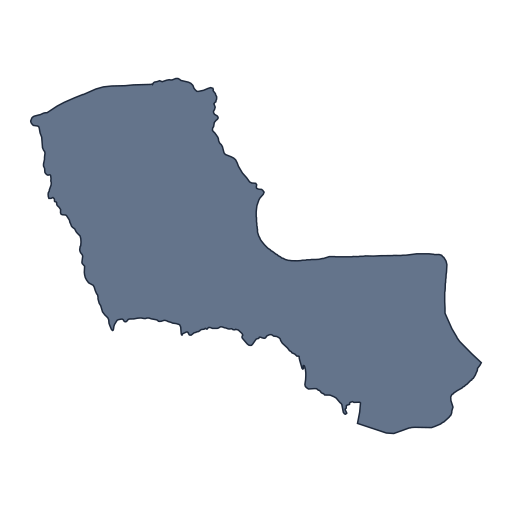 outline of Nacala, Nampula, Mozambique, rotated 270°
{"feature_id": "85939544B80255250880532", "entity_name": "Nacala", "entity_type": "district", "adm_level": 2, "iso_a3": "MOZ", "parent_name": "Mozambique", "parent_adm1": "Nampula", "projection": "albers", "projection_center": [40.711, -14.547], "detail": "fine", "context": "isolated", "style": "filled", "palette": "slate", "viewbox_px": 512, "rotation_deg": 270, "n_neighbors": 0, "source": "geoboundaries", "source_scale": "gbopen_adm2", "svg_char_len": 6024}
<svg xmlns="http://www.w3.org/2000/svg" viewBox="0 0 512 512"><g transform="rotate(270 256 256)"><path d="M319.9,264.1L320.2,263.7L321.5,262.9L322.6,261.6L322.8,258.6L323.7,256.6L325.2,256.3L327.2,256.7L328.7,255.7L329.0,251.7L330.1,249.6L334.3,246.6L339.0,242.4L345.8,238.4L349.1,237.2L352.2,235.6L353.9,233.7L355.2,231.2L357.5,225.4L359.2,224.0L365.4,222.4L367.4,221.2L368.7,219.8L371.0,218.7L373.6,218.3L375.0,217.7L379.2,214.7L380.6,213.2L381.9,212.4L384.1,212.7L385.3,213.6L389.5,214.3L391.7,216.1L392.5,217.2L393.6,218.0L394.7,218.1L396.0,217.3L397.7,214.5L399.2,213.6L400.8,213.5L402.4,214.5L404.9,215.2L408.2,213.9L409.6,214.9L410.2,215.9L411.5,216.0L412.8,216.6L415.2,216.7L417.3,215.6L418.4,215.4L421.3,213.1L422.3,213.3L423.7,212.9L424.4,210.6L423.5,207.8L421.7,203.6L420.6,198.4L420.7,196.8L422.2,195.2L423.7,194.0L426.6,192.9L428.7,190.8L429.8,188.5L431.6,180.8L432.6,179.7L433.5,178.0L433.5,175.8L432.1,172.2L432.0,170.8L432.3,169.3L431.8,166.6L430.3,162.2L431.3,159.6L430.4,157.2L429.9,154.5L429.2,153.5L427.8,152.7L428.1,152.6L427.6,150.9L427.1,133.2L426.3,125.1L426.0,111.7L425.1,103.3L423.0,95.9L417.5,83.4L417.5,82.8L414.3,74.8L409.7,64.3L405.9,57.1L399.3,47.1L399.2,45.0L398.8,43.4L397.3,40.2L397.1,39.0L395.8,34.1L395.0,32.8L394.1,31.9L392.4,31.2L391.0,30.7L390.3,30.8L389.1,31.2L387.7,32.2L386.6,33.3L386.0,37.6L385.3,38.7L384.1,39.2L379.0,40.1L374.8,41.7L364.3,42.5L361.8,43.6L360.3,44.7L358.8,45.0L354.8,44.5L352.6,44.5L348.0,43.5L346.0,43.5L343.6,44.6L339.7,44.9L338.5,45.6L337.4,46.7L336.8,48.0L337.2,49.2L337.2,50.0L336.2,50.7L333.3,51.0L331.0,50.8L329.3,51.3L327.0,51.1L322.0,49.3L321.0,49.3L319.3,48.3L317.8,48.1L315.4,48.3L313.6,48.9L313.6,51.0L314.5,52.9L313.3,54.2L312.7,54.4L310.8,54.5L310.4,54.8L310.1,56.0L309.5,56.6L307.8,56.7L306.5,57.2L304.7,59.1L302.5,60.6L299.2,60.5L297.8,61.1L297.3,62.2L297.0,65.6L296.4,66.5L291.9,69.4L289.6,69.9L287.8,70.8L286.0,71.4L284.7,72.5L283.1,74.7L280.3,76.1L278.7,77.4L276.0,80.1L273.2,80.8L269.8,81.0L266.1,80.7L265.7,80.2L262.3,79.7L260.7,80.0L259.3,80.6L257.3,82.2L255.9,82.7L249.7,81.9L248.5,82.2L245.8,84.6L239.7,84.3L237.2,84.6L234.4,85.3L232.1,86.5L229.2,88.6L226.7,93.2L224.9,94.2L221.3,95.3L218.1,96.7L217.3,97.5L215.0,98.0L213.1,98.0L208.7,99.2L206.3,100.7L200.2,102.5L197.1,104.8L194.2,107.8L192.2,108.7L188.7,109.0L186.5,109.8L182.4,111.5L181.5,112.6L181.9,113.2L182.9,113.5L185.6,113.9L187.5,114.5L191.7,117.1L192.3,118.3L192.9,121.3L192.8,122.5L192.2,123.3L191.0,123.9L190.3,124.8L190.2,125.9L191.3,127.3L192.5,128.1L193.0,129.5L193.1,133.9L193.8,137.4L194.0,140.0L194.0,141.3L193.5,143.9L193.4,145.3L193.9,146.7L194.0,147.9L193.9,149.3L193.2,151.1L192.2,156.5L191.6,157.7L190.8,158.3L190.6,159.2L190.7,161.1L191.7,164.2L191.5,165.7L191.1,166.9L190.4,168.2L189.7,170.9L188.9,172.6L188.4,176.3L187.5,179.1L187.0,179.8L184.9,180.7L178.3,181.2L177.1,181.6L176.9,182.0L178.2,182.6L180.0,186.4L180.0,187.3L179.5,188.1L178.6,188.4L177.1,189.3L176.9,190.0L176.9,191.2L179.2,194.1L179.6,195.9L180.1,196.5L180.4,198.4L181.3,199.9L181.9,200.3L182.5,201.5L182.8,204.1L183.5,205.0L183.6,205.6L183.0,206.3L182.9,207.1L184.2,208.2L184.6,208.9L184.4,210.6L183.6,212.4L183.6,217.2L183.9,218.3L185.2,220.5L185.2,221.3L185.0,222.5L184.2,224.5L184.1,225.6L183.1,228.2L183.0,229.5L183.3,231.6L182.3,233.1L182.2,235.0L182.7,235.6L182.0,238.3L178.5,242.0L176.9,242.8L175.8,242.1L174.6,242.0L173.7,242.4L168.2,247.1L166.9,248.7L166.6,250.1L166.7,251.5L167.7,252.5L172.8,256.1L173.3,257.2L173.4,258.2L174.0,259.0L174.8,259.4L174.8,260.7L174.2,262.0L173.7,264.2L173.9,265.1L174.6,265.9L175.4,266.3L176.0,266.8L176.8,268.3L177.3,269.5L177.4,271.3L176.7,272.6L175.9,273.6L175.5,276.8L174.2,279.1L173.3,280.1L171.4,280.7L168.8,282.3L164.0,287.5L161.3,289.5L160.4,291.1L159.2,291.9L158.0,294.7L155.9,296.9L155.8,298.8L155.3,299.2L154.0,299.2L151.8,299.7L143.7,302.0L142.9,302.8L143.4,303.5L146.1,303.1L146.5,303.4L146.3,304.2L145.0,304.8L142.7,305.4L139.1,305.8L136.2,305.8L132.4,305.6L127.6,304.9L125.9,305.2L124.9,305.9L123.8,307.2L123.0,308.5L123.4,314.4L123.3,316.6L121.8,318.3L121.6,319.3L120.6,320.4L119.5,321.1L118.6,322.4L118.4,323.5L117.0,324.7L116.9,330.1L115.2,334.1L114.0,336.1L109.3,340.1L108.5,341.1L107.5,341.8L99.7,343.3L98.1,344.5L97.8,345.6L98.9,346.8L102.2,345.2L103.0,345.3L103.8,346.2L106.4,346.4L106.9,347.2L107.6,349.5L108.8,349.6L109.6,350.1L110.4,352.4L109.6,353.9L109.8,359.7L109.1,360.5L100.0,359.7L88.6,357.5L79.0,386.3L78.5,393.8L84.1,409.3L84.1,410.1L84.5,411.6L84.7,414.9L84.4,431.5L85.6,434.9L88.0,440.6L89.6,442.7L90.0,443.8L94.9,449.2L95.8,449.7L96.4,450.6L98.5,451.5L99.9,451.8L101.0,451.8L104.9,453.0L111.5,450.9L115.1,450.7L117.5,451.9L118.4,453.5L119.3,454.0L119.8,455.0L121.4,457.3L124.0,462.0L125.3,463.3L125.6,464.3L126.9,465.5L127.7,466.9L131.6,470.7L131.9,471.6L133.0,472.2L133.7,473.3L137.1,475.4L139.4,476.3L140.7,477.0L142.0,477.4L143.6,477.5L146.7,479.9L149.3,481.3L158.4,471.6L170.5,459.7L174.3,457.0L175.0,456.8L183.3,451.9L198.8,445.0L203.9,445.0L210.1,444.7L219.8,444.7L220.9,445.0L223.5,445.2L228.5,445.3L229.5,445.6L232.9,445.7L234.0,446.0L237.4,446.1L239.8,446.5L247.4,446.9L251.0,446.0L254.6,443.8L255.5,442.5L256.7,441.7L257.5,439.1L257.4,434.7L257.7,433.7L258.2,428.9L258.2,416.8L256.8,405.9L256.8,403.0L256.5,400.8L256.6,393.7L256.4,392.4L256.3,380.8L255.9,373.5L256.1,365.4L255.7,363.1L255.7,359.7L255.4,358.4L255.5,353.0L255.2,351.9L255.2,335.7L255.4,334.6L255.4,329.3L253.5,323.4L253.5,322.3L252.7,319.0L252.5,315.4L252.5,311.4L252.2,310.1L252.2,306.7L251.8,305.6L251.8,302.5L251.4,300.7L251.2,297.4L251.3,291.2L251.6,289.8L251.6,288.5L252.5,285.3L253.7,283.1L254.0,281.7L255.1,280.5L256.3,278.2L257.4,277.1L257.9,275.9L259.9,273.4L260.8,272.1L261.2,271.1L262.2,270.3L263.8,267.8L267.4,264.3L270.9,261.5L272.3,260.5L274.3,259.7L275.8,258.8L279.9,257.5L282.6,257.5L283.8,257.2L285.1,257.2L286.2,256.8L288.8,256.8L290.1,256.5L294.4,256.5L295.3,256.2L296.3,256.2L300.1,256.2L303.0,256.5L306.3,256.9L312.1,258.9L313.9,259.9L317.8,263.3L319.9,264.1Z" fill="#64748b" stroke="#1e293b" stroke-width="1.5"/></g></svg>